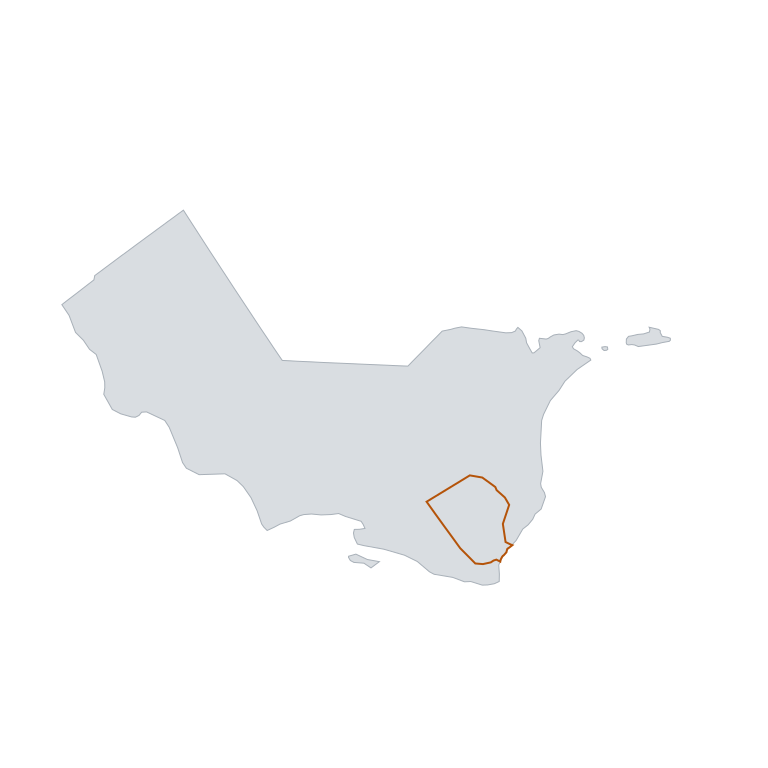 Ash Sharqiyah North highlighted on a map of Oman, rotated 74°
{"feature_id": "OMN-5496", "entity_name": "Ash Sharqiyah North", "entity_type": "Region", "adm_level": 1, "iso_a3": "OMN", "parent_name": "Oman", "parent_adm1": "", "projection": "albers", "projection_center": [59.003, 22.366], "detail": "fine", "context": "in_parent", "style": "outline", "palette": "amber", "viewbox_px": 768, "rotation_deg": 74, "n_neighbors": 0, "source": "natural_earth", "source_scale": "10m", "svg_char_len": 3538}
<svg xmlns="http://www.w3.org/2000/svg" viewBox="0 0 768 768"><g transform="rotate(74 384 384)"><path d="M218.9,671.8L215.7,663.8L212.6,655.8L209.4,647.8L206.2,639.8L204.0,634.2L200.0,632.1L197.8,626.1L195.5,620.1L193.2,614.0L190.9,607.9L188.6,601.9L186.4,595.8L184.1,589.7L181.8,583.6L179.6,577.6L177.3,571.5L175.1,565.4L172.8,559.3L170.6,553.3L168.3,547.2L166.1,541.1L163.8,535.0L161.6,528.9L169.7,526.5L179.6,523.5L189.5,520.5L199.4,517.5L209.3,514.5L219.2,511.4L229.0,508.4L238.9,505.3L248.7,502.3L258.6,499.2L268.4,496.1L278.2,493.0L288.1,489.9L297.9,486.8L307.7,483.6L317.5,480.5L327.3,477.3L333.3,475.3L336.0,467.4L338.3,460.9L340.5,454.3L342.7,447.7L345.0,441.1L347.2,434.6L349.4,428.0L351.6,421.4L353.8,414.8L356.0,408.2L358.2,401.7L360.4,395.1L362.6,388.5L364.8,381.9L367.0,375.3L369.2,368.8L371.4,362.2L373.4,356.1L370.0,350.2L365.5,342.2L360.8,333.9L356.3,326.1L353.1,320.3L349.2,313.5L349.9,304.7L349.9,300.4L350.5,293.7L354.6,284.5L359.4,272.8L363.0,265.0L366.0,258.2L368.4,252.8L369.8,247.1L369.3,243.1L367.8,241.7L366.5,239.7L371.0,236.8L379.1,235.1L383.7,235.6L390.0,234.2L395.0,233.0L395.4,231.3L394.1,228.3L392.1,223.9L385.0,223.3L382.9,222.0L385.5,215.7L385.5,213.7L384.6,211.2L383.7,207.2L384.3,202.0L385.8,198.5L385.9,195.7L385.3,189.8L385.7,184.6L387.2,182.1L389.8,179.7L392.3,178.6L394.9,178.7L396.9,179.8L397.7,182.5L397.1,184.4L395.7,184.6L395.1,185.4L397.1,189.1L400.1,192.7L402.4,192.1L405.1,189.4L407.9,187.2L411.3,185.2L413.9,181.4L416.1,178.9L418.0,178.6L423.3,194.4L431.2,209.3L438.4,217.5L445.8,228.7L457.2,239.0L462.5,242.5L483.9,249.9L495.6,252.7L511.7,255.3L522.9,260.9L526.7,261.3L532.6,259.7L536.8,259.8L547.5,267.4L550.7,274.6L555.1,278.4L559.1,284.3L561.7,290.6L570.8,300.1L577.2,310.8L583.8,318.7L589.6,323.6L598.5,325.5L605.6,327.7L606.4,333.0L605.7,339.9L604.4,345.0L597.8,355.0L596.3,361.2L588.8,371.3L580.7,388.3L577.0,392.1L563.8,400.9L554.2,411.5L542.7,429.8L533.8,447.9L530.5,453.7L523.4,454.9L518.8,454.4L515.6,452.6L516.9,447.7L517.6,442.1L513.4,442.7L509.7,443.8L500.8,457.4L496.0,463.3L494.9,470.8L492.5,480.6L489.0,489.5L487.4,497.1L487.4,501.4L489.9,511.8L490.0,522.5L491.4,529.0L492.6,536.7L488.4,539.0L484.8,540.2L470.8,540.9L456.5,543.2L443.9,547.5L436.4,551.8L426.5,561.6L420.2,586.7L410.5,597.2L404.0,599.3L388.4,599.9L366.4,602.4L358.6,604.8L345.4,619.9L344.3,624.7L346.7,628.2L347.4,632.1L346.1,635.7L340.1,645.3L333.6,652.2L316.7,656.2L310.6,653.4L305.0,651.9L294.1,651.4L276.3,652.5L269.5,657.5L259.1,660.9L249.4,666.3L231.3,667.8L218.9,671.8ZM413.8,138.4L412.7,139.7L411.2,139.8L407.6,138.6L405.6,135.8L406.0,132.5L406.3,126.4L407.4,120.6L407.2,114.5L404.5,113.2L402.5,113.5L407.2,105.0L409.0,103.7L410.7,104.3L414.9,103.4L417.1,98.8L418.9,96.2L420.8,96.6L421.6,98.0L420.9,105.1L420.7,111.1L418.1,129.2L415.6,132.3L414.4,134.9L413.8,138.4ZM544.4,465.0L540.8,465.9L539.8,465.5L539.8,457.9L548.1,448.4L553.5,437.4L557.2,447.2L550.7,452.7L547.2,462.1L544.4,465.0ZM412.5,163.2L410.2,164.7L408.6,164.4L409.0,161.2L410.0,159.0L412.3,159.3L412.9,160.6L412.5,163.2Z" fill="#d9dde1" stroke="#a8b0b8" stroke-width="1"/><path d="M574.3,305.0L575.8,308.8L576.0,309.6L576.4,310.8L577.5,311.6L579.5,312.7L581.7,316.2L582.0,317.2L582.7,318.1L585.0,320.3L586.8,321.2L583.8,324.4L583.9,327.4L584.9,330.5L584.4,338.5L581.7,345.7L574.9,349.4L562.9,356.0L550.5,360.5L537.4,365.3L523.3,370.4L508.9,375.5L495.5,326.7L501.0,315.3L513.7,305.4L517.1,305.0L526.4,299.1L534.7,297.0L551.2,308.3L569.4,310.7L573.0,306.7L574.3,305.0L574.3,305.0Z" fill="none" stroke="#b45309" stroke-width="2"/></g></svg>